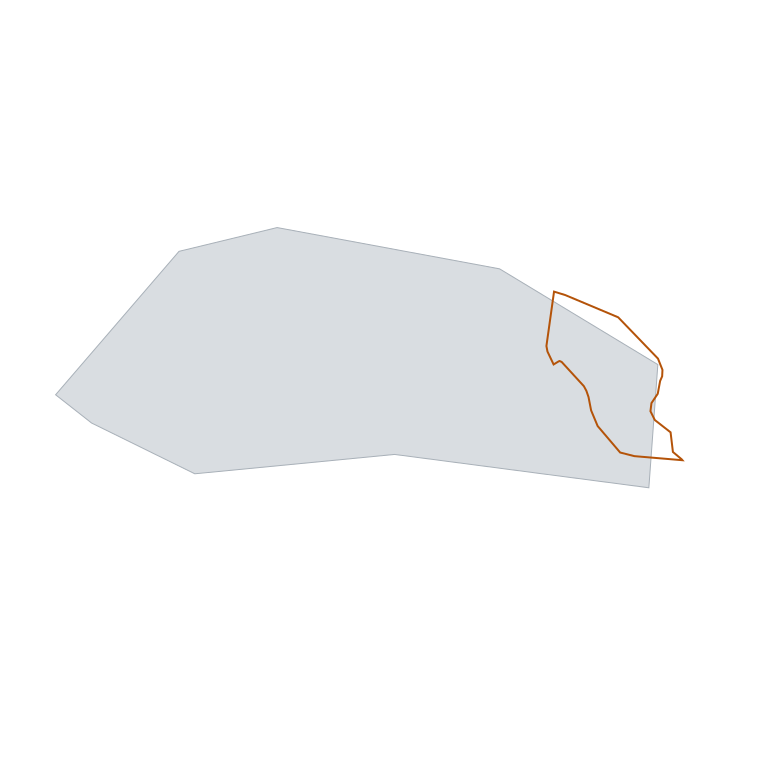 Saint Patrick on a map of Dominica (Robinson projection), rotated 289°
{"feature_id": "DMA-1439", "entity_name": "Saint Patrick", "entity_type": "Parish", "adm_level": 1, "iso_a3": "DMA", "parent_name": "Dominica", "parent_adm1": "", "projection": "robinson", "projection_center": [-61.309, 15.272], "detail": "fine", "context": "in_parent", "style": "outline", "palette": "amber", "viewbox_px": 768, "rotation_deg": 289, "n_neighbors": 0, "source": "natural_earth", "source_scale": "10m", "svg_char_len": 695}
<svg xmlns="http://www.w3.org/2000/svg" viewBox="0 0 768 768"><g transform="rotate(289 384 384)"><path d="M491.5,636.6L372.1,668.2L320.8,416.8L237.5,234.3L251.9,120.2L266.9,77.0L442.7,147.0L497.1,232.0L530.5,455.8L491.5,636.6Z" fill="#d9dde1" stroke="#a8b0b8" stroke-width="1"/><path d="M526.7,514.7L527.1,526.3L523.3,583.7L497.2,634.8L488.0,642.7L481.8,644.5L476.8,644.1L463.9,646.0L453.0,643.1L445.0,644.8L438.1,651.8L431.6,670.7L413.8,679.3L409.7,690.0L409.1,691.0L397.3,644.2L396.1,629.6L413.8,599.7L426.5,588.4L438.3,581.6L443.4,577.6L447.0,573.7L462.7,544.8L462.9,542.6L462.3,541.8L457.7,538.0L467.9,528.0L472.8,525.2L526.7,514.7Z" fill="none" stroke="#b45309" stroke-width="2"/></g></svg>